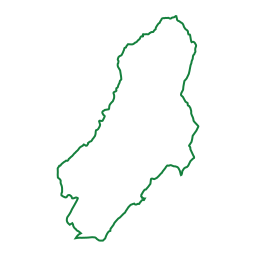 outline of Rondón, Boyacá, Colombia
{"feature_id": "7082276B99047670325633", "entity_name": "Rondón", "entity_type": "district", "adm_level": 2, "iso_a3": "COL", "parent_name": "Colombia", "parent_adm1": "Boyacá", "projection": "equal_earth", "projection_center": [-73.204, 5.384], "detail": "fine", "context": "isolated", "style": "outline", "palette": "green", "viewbox_px": 256, "rotation_deg": 0, "n_neighbors": 0, "source": "geoboundaries", "source_scale": "gbopen_adm2", "svg_char_len": 5792}
<svg xmlns="http://www.w3.org/2000/svg" viewBox="0 0 256 256"><path d="M58.8,166.8L58.1,167.6L57.7,168.4L57.8,172.1L57.7,174.9L57.9,177.6L58.9,178.4L60.2,179.6L60.7,180.8L60.6,182.0L60.7,183.3L61.7,185.9L62.0,187.4L62.1,188.5L62.1,192.0L61.7,192.9L61.4,194.0L61.5,195.4L63.7,196.8L64.6,197.0L64.9,197.3L65.3,197.4L65.9,197.4L66.6,197.1L67.6,195.6L68.1,195.2L69.0,195.0L69.7,195.1L71.3,196.3L71.7,197.1L71.9,197.9L72.2,198.3L73.0,198.4L74.2,198.1L75.8,197.5L76.4,197.5L77.6,198.0L77.8,198.2L77.7,198.7L76.9,200.5L74.2,205.4L72.0,209.2L70.6,212.2L69.3,214.4L67.4,217.1L67.0,218.2L66.9,218.9L66.8,220.1L66.9,221.0L67.5,222.5L68.3,223.4L69.7,224.7L72.3,223.2L72.7,223.9L73.0,224.4L73.2,225.7L73.6,226.7L74.7,228.3L75.8,229.1L76.6,230.2L77.4,230.8L78.2,231.1L79.3,231.9L80.9,233.3L78.9,234.4L78.3,234.9L76.9,236.4L75.7,238.2L76.3,238.1L77.3,237.9L79.9,237.7L81.3,237.8L85.1,237.7L87.8,237.6L92.2,237.2L94.8,237.4L95.4,237.6L96.1,238.1L96.8,238.9L99.0,240.4L99.4,240.5L100.2,240.6L102.9,240.6L104.5,239.1L105.2,238.4L106.1,235.9L107.1,233.8L108.0,232.4L108.5,231.8L109.3,231.2L109.8,231.0L110.3,230.9L110.4,229.8L110.5,229.0L110.7,228.6L113.4,225.0L114.5,222.8L116.3,220.7L118.3,218.5L119.9,217.5L123.5,213.8L125.0,212.6L126.1,210.6L126.5,210.1L128.4,207.2L128.7,206.8L129.2,206.5L129.4,206.1L130.3,205.2L130.8,204.8L131.2,204.6L131.7,204.5L132.3,204.2L134.2,203.6L134.7,204.2L135.0,204.4L135.4,204.5L136.3,204.5L138.0,203.8L138.3,203.8L138.9,204.0L139.0,204.0L139.3,203.8L140.2,202.2L140.7,201.8L141.7,200.4L142.7,200.0L143.1,199.9L143.7,200.1L143.9,200.1L144.1,199.9L144.5,199.0L144.8,198.5L144.5,198.5L144.3,198.5L144.1,198.7L143.8,198.7L143.5,198.2L143.2,198.1L142.9,198.1L142.5,197.8L142.1,197.8L141.9,197.7L141.8,197.3L141.8,196.9L141.6,196.6L141.4,196.6L141.2,196.4L141.2,196.2L141.4,194.6L142.2,193.6L142.4,193.0L143.3,191.5L144.4,190.0L144.7,189.7L145.1,189.6L145.6,189.6L145.9,189.5L147.0,188.2L148.2,186.8L150.4,183.8L150.8,180.5L150.9,179.6L151.2,178.8L151.4,178.7L152.8,178.7L153.6,179.0L154.3,179.1L155.2,178.7L156.8,177.9L158.6,176.2L161.0,173.5L161.8,172.9L162.7,171.4L165.3,168.1L166.0,166.9L167.3,165.5L167.9,165.5L168.8,165.7L170.2,165.2L171.0,165.2L173.8,166.3L175.0,166.3L177.0,166.9L177.8,167.4L178.5,168.2L179.8,170.7L180.5,173.4L180.7,174.4L181.0,175.1L181.5,174.8L182.0,173.3L182.3,171.2L184.0,168.5L185.4,167.5L186.8,167.1L187.4,166.6L188.2,165.7L190.4,161.2L192.9,158.7L194.0,158.0L194.1,157.3L194.0,156.8L193.1,155.1L190.4,149.3L190.3,147.6L189.9,146.7L189.2,146.0L189.1,145.6L189.2,145.4L191.5,141.9L192.2,139.0L192.7,135.8L196.4,130.6L198.3,126.7L198.3,126.3L198.2,126.0L194.4,121.9L193.6,120.8L193.2,118.5L192.7,117.1L191.9,115.4L191.2,113.5L191.2,111.0L190.4,108.1L189.2,106.1L188.0,105.5L187.8,105.2L187.6,103.1L187.4,102.9L185.5,101.7L184.3,99.5L182.9,96.9L181.2,95.4L181.0,94.4L181.3,93.1L182.9,90.1L183.1,89.6L183.4,86.5L184.3,81.5L184.4,81.0L186.6,78.5L188.8,73.9L189.5,70.9L190.6,65.1L191.3,63.4L191.7,61.1L192.7,58.8L192.9,56.8L193.2,55.5L193.6,54.9L194.2,54.4L194.6,53.2L195.3,52.0L195.4,51.6L195.2,49.9L195.3,48.3L196.0,46.4L196.1,45.5L195.9,44.8L194.8,42.9L194.2,42.3L193.6,41.9L193.0,41.8L192.4,41.9L191.7,42.2L191.3,41.7L190.8,39.4L190.1,35.2L189.8,34.6L188.5,34.4L188.3,33.8L188.1,33.1L187.9,31.5L187.6,30.8L187.2,30.5L186.8,30.0L186.1,29.6L185.8,29.3L185.2,28.8L183.9,26.7L183.6,25.6L183.3,24.9L182.9,24.1L182.4,23.4L181.3,22.6L180.7,22.4L179.8,21.6L179.0,21.1L178.2,20.9L177.2,20.0L177.0,19.4L176.9,18.5L176.6,17.4L176.3,16.2L176.2,15.4L176.1,15.7L175.2,16.5L174.2,17.2L173.6,17.4L173.0,17.4L171.7,17.8L171.4,18.2L170.8,18.5L170.1,18.6L168.3,17.8L167.0,18.0L165.4,17.9L164.3,18.2L163.8,18.1L162.9,18.2L162.2,18.4L161.7,18.9L161.2,20.0L160.7,20.7L160.2,21.5L159.6,22.9L158.7,23.4L158.1,24.1L157.1,25.5L156.4,26.7L156.1,27.1L155.7,28.3L155.6,29.3L154.4,30.2L154.0,30.7L153.4,31.7L153.0,32.0L151.3,32.1L150.3,32.8L149.9,32.9L149.2,33.5L148.9,33.9L148.6,34.1L148.2,34.3L146.3,34.2L145.0,34.3L143.8,34.4L143.5,34.2L143.1,34.2L142.9,34.5L142.9,34.8L143.0,35.4L143.0,36.3L142.7,36.5L142.1,36.2L141.5,36.3L141.0,36.6L140.7,37.0L140.4,37.3L139.8,38.8L139.2,39.3L138.4,40.1L138.1,40.2L136.7,41.9L136.2,42.2L135.0,42.7L134.7,43.1L134.4,43.2L134.0,43.6L132.7,44.3L131.3,44.4L128.0,44.2L126.4,46.3L126.1,46.8L126.0,47.4L125.6,47.6L125.2,47.7L124.7,47.9L124.4,48.2L123.9,50.2L123.3,51.4L123.0,52.4L122.1,54.1L121.5,55.2L120.6,55.7L119.6,56.1L118.6,57.0L118.2,57.9L117.8,59.2L117.8,59.7L118.5,61.1L118.2,63.2L117.8,63.7L117.7,64.4L117.7,65.6L118.0,66.8L120.1,70.4L121.1,76.7L121.3,79.3L120.7,80.1L120.0,80.8L119.7,81.9L119.5,82.8L118.4,85.0L117.9,86.7L117.7,87.3L117.2,87.8L116.5,88.1L116.3,88.6L116.2,89.1L116.4,90.6L116.3,90.8L115.8,91.3L114.8,91.7L113.9,92.2L113.6,92.5L113.5,93.2L114.0,94.7L114.2,95.9L114.1,97.8L113.9,98.6L112.8,101.3L111.8,102.2L110.5,103.7L109.8,104.8L109.5,105.5L109.3,106.4L109.1,108.5L108.9,109.0L108.7,109.3L106.8,109.6L105.7,109.8L104.9,109.9L104.1,110.5L103.0,111.1L102.5,111.7L102.3,112.6L102.5,113.3L103.5,115.0L104.5,115.7L104.7,116.3L104.3,117.4L103.2,119.6L102.6,120.7L101.9,121.0L99.7,120.7L99.3,120.9L99.1,121.3L100.1,124.6L100.0,125.2L99.7,126.3L98.9,127.8L98.2,129.0L97.5,129.6L96.8,130.0L96.3,130.1L96.0,130.3L95.8,131.1L95.7,131.9L95.6,133.5L95.4,134.6L95.0,135.9L93.4,138.2L92.6,139.1L91.9,140.3L91.3,141.1L90.4,141.5L89.5,141.8L88.9,142.4L88.2,142.9L88.0,143.1L88.1,143.7L87.8,144.3L86.8,145.6L86.3,145.7L85.8,145.7L84.8,145.0L84.1,144.6L83.7,144.5L83.4,144.8L83.1,145.3L82.8,145.7L81.1,146.6L80.2,147.2L79.4,148.0L78.2,149.7L77.5,150.5L75.9,151.9L75.5,152.5L74.3,153.5L72.9,155.2L72.2,156.0L70.7,157.2L69.6,158.3L68.8,158.9L68.3,160.0L68.0,160.4L67.4,160.8L67.0,160.8L66.1,160.6L65.1,161.4L63.9,162.1L61.6,164.0L60.3,165.7L59.4,165.7L59.1,166.0L59.0,166.3L58.8,166.8Z" fill="none" stroke="#15803d" stroke-width="2"/></svg>